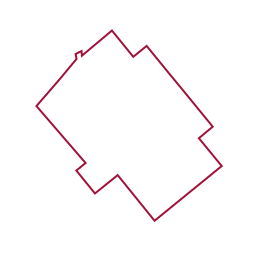 Tuscarawas, Ohio, United States of America, rotated 319°
{"feature_id": "52423323B94424103890514", "entity_name": "Tuscarawas", "entity_type": "district", "adm_level": 2, "iso_a3": "USA", "parent_name": "United States of America", "parent_adm1": "Ohio", "projection": "equal_earth", "projection_center": [-81.461, 40.441], "detail": "fine", "context": "isolated", "style": "outline", "palette": "rose", "viewbox_px": 256, "rotation_deg": 319, "n_neighbors": 0, "source": "geoboundaries", "source_scale": "gbopen_adm2", "svg_char_len": 401}
<svg xmlns="http://www.w3.org/2000/svg" viewBox="0 0 256 256"><g transform="rotate(319 128 128)"><path d="M194.4,130.7L194.8,113.5L195.9,78.3L178.7,77.7L179.8,43.9L140.6,43.2L143.4,39.4L137.0,37.8L134.5,42.1L108.2,46.4L79.3,50.5L73.3,51.4L73.0,126.6L61.1,126.2L60.1,155.7L89.3,156.8L87.2,215.4L173.8,218.2L174.8,182.2L192.8,182.6L194.4,130.7Z" fill="none" stroke="#9f1239" stroke-width="2"/></g></svg>